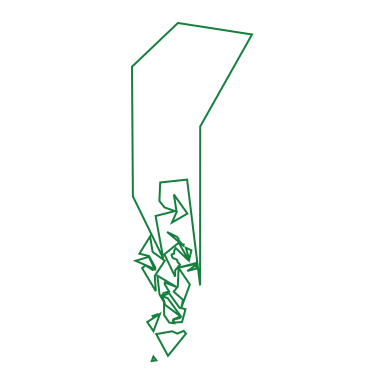 Khulna, Khulna, Bangladesh (Mercator projection)
{"feature_id": "16705992B21968895988188", "entity_name": "Khulna", "entity_type": "district", "adm_level": 2, "iso_a3": "BGD", "parent_name": "Bangladesh", "parent_adm1": "Khulna", "projection": "mercator", "projection_center": [89.444, 22.353], "detail": "medium", "context": "isolated", "style": "outline", "palette": "green", "viewbox_px": 384, "rotation_deg": 0, "n_neighbors": 0, "source": "geoboundaries", "source_scale": "gbopen_adm2", "svg_char_len": 1687}
<svg xmlns="http://www.w3.org/2000/svg" viewBox="0 0 384 384"><path d="M252.0,34.5L177.9,23.0L132.0,66.7L132.9,196.4L163.2,258.3L155.6,216.0L174.9,211.1L164.5,207.4L159.4,201.0L160.2,182.5L187.1,179.6L200.1,285.4L200.2,126.5L252.0,34.5ZM172.2,331.3L156.2,334.1L168.0,355.8L186.0,333.6L183.7,330.9L177.3,333.6L172.2,331.3ZM152.6,251.9L150.1,236.4L139.4,253.7L149.0,256.0L155.2,267.4L155.2,269.4L152.5,269.9L145.6,265.4L142.1,268.1L155.8,291.2L154.8,275.9L164.8,260.7L152.6,251.9ZM189.8,284.5L178.6,267.9L177.8,286.6L173.7,291.7L183.0,299.8L181.4,307.5L189.8,284.5ZM178.8,242.7L164.4,254.3L175.1,276.6L175.2,270.3L180.1,264.7L177.6,261.9L177.0,259.8L172.7,257.9L171.6,255.5L171.7,254.4L174.2,253.5L174.2,250.8L175.7,248.1L188.9,260.8L178.8,242.7ZM176.3,286.9L157.4,275.7L159.5,294.4L165.0,303.8L162.0,295.4L163.7,293.0L169.1,291.5L164.7,284.2L164.8,282.5L176.3,286.9ZM179.5,307.7L169.0,293.2L162.4,296.1L167.8,298.3L180.8,316.3L180.6,317.3L179.4,318.2L173.7,319.5L173.8,322.5L182.0,322.1L185.5,309.2L179.5,307.7ZM176.7,236.7L167.1,232.0L183.4,245.7L183.7,244.6L182.2,244.2L179.5,241.2L178.3,239.9L178.6,238.8L176.7,236.7ZM172.0,222.5L187.4,213.6L173.9,194.5L176.6,212.1L172.0,222.5ZM180.5,316.4L164.0,304.0L164.2,315.2L169.3,322.6L174.1,323.2L172.9,321.1L173.3,319.4L180.5,316.4ZM147.2,322.0L153.5,331.2L159.9,314.0L147.2,322.0ZM179.1,267.5L195.3,264.2L195.5,263.2L179.1,267.5ZM148.9,256.8L135.6,260.8L154.6,269.0L148.9,256.8ZM189.2,259.4L191.4,250.3L185.8,247.8L189.2,259.4ZM187.3,271.0L196.5,268.6L196.1,263.4L194.9,265.9L187.3,271.0ZM151.8,361.0L156.3,360.3L153.4,356.6L151.8,361.0ZM152.6,316.0L153.8,317.8L158.3,314.0L152.6,316.0Z" fill="none" stroke="#15803d" stroke-width="2"/></svg>